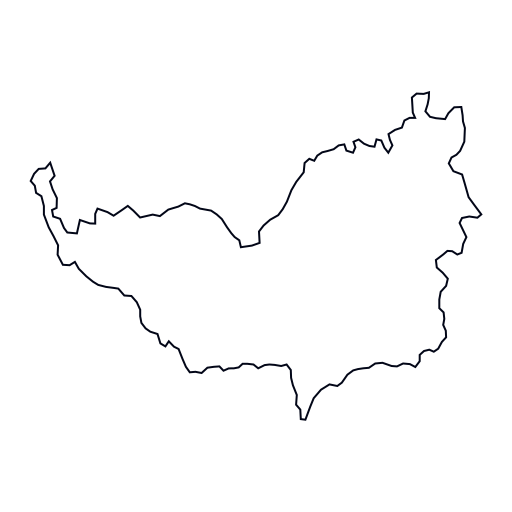 the district of Abatiá, Paraná, Brazil
{"feature_id": "56859067B75283537526286", "entity_name": "Abatiá", "entity_type": "district", "adm_level": 2, "iso_a3": "BRA", "parent_name": "Brazil", "parent_adm1": "Paraná", "projection": "equal_earth", "projection_center": [-50.32, -23.304], "detail": "fine", "context": "isolated", "style": "outline", "palette": "ink", "viewbox_px": 512, "rotation_deg": 0, "n_neighbors": 0, "source": "geoboundaries", "source_scale": "gbopen_adm2", "svg_char_len": 2785}
<svg xmlns="http://www.w3.org/2000/svg" viewBox="0 0 512 512"><path d="M415.3,367.0L419.7,361.2L419.7,354.9L424.0,351.0L429.3,349.7L433.8,351.7L438.2,348.7L441.9,341.9L446.1,337.3L445.8,330.7L443.2,324.9L444.3,318.9L443.6,312.4L439.3,308.2L439.3,299.5L440.7,291.8L446.1,285.9L447.8,278.7L442.7,272.7L436.8,267.5L435.9,260.0L443.2,254.5L447.4,250.9L452.2,251.2L457.3,254.5L461.6,252.8L463.2,243.9L466.4,237.1L459.6,223.0L462.0,218.0L469.3,216.5L477.4,217.7L481.3,214.4L474.0,204.6L468.6,197.2L464.7,183.4L462.1,174.5L453.4,171.2L448.8,163.4L451.5,157.5L456.4,154.8L460.1,150.9L464.3,141.7L464.9,128.0L463.0,121.4L462.6,115.3L461.3,107.0L454.2,107.3L448.4,113.2L445.1,119.1L435.9,118.2L430.0,116.8L425.4,111.3L427.6,104.4L428.8,98.3L429.0,92.3L423.7,93.9L416.6,93.6L411.9,97.5L412.4,105.8L412.8,112.6L415.1,117.9L409.5,117.9L404.4,120.5L401.9,127.6L395.0,129.9L388.5,134.1L389.9,139.8L392.4,145.4L388.3,152.7L384.4,147.7L381.3,140.5L376.5,139.4L374.5,146.7L369.4,146.0L364.0,143.7L358.7,139.5L353.5,141.8L355.4,147.3L353.0,152.7L346.4,150.6L344.3,144.4L338.7,145.4L333.7,149.2L327.6,151.0L322.2,152.3L317.3,155.6L314.2,160.8L309.3,158.8L304.6,163.0L303.7,172.3L296.3,181.8L291.4,190.2L286.9,201.7L282.7,209.2L278.2,215.2L270.2,219.7L263.6,225.5L259.0,231.5L259.6,242.9L251.9,245.6L240.9,247.2L239.3,240.3L234.7,237.1L231.3,233.2L227.0,227.2L221.8,219.0L216.7,214.4L211.1,210.6L200.0,208.6L194.9,206.0L189.8,204.3L184.9,203.3L178.3,206.6L172.9,208.2L168.3,209.6L159.9,216.1L152.7,214.6L140.1,217.5L133.3,210.6L127.8,205.9L121.7,210.2L113.6,215.7L107.5,212.1L97.5,208.6L95.2,213.9L95.2,223.6L89.9,223.4L79.9,220.0L76.9,233.4L67.3,232.5L64.0,228.0L60.1,218.8L53.2,216.5L52.0,210.0L56.6,207.9L56.9,198.1L52.6,189.3L50.0,181.4L54.6,175.8L50.2,162.7L45.4,168.4L38.7,168.9L34.1,173.8L30.7,181.0L34.8,185.7L36.1,192.9L41.4,196.2L43.9,206.0L43.9,214.6L48.7,227.3L53.5,236.1L58.1,245.3L57.6,254.7L62.9,264.8L69.6,265.2L74.9,261.9L78.8,268.8L86.3,276.3L93.0,281.7L98.2,284.9L106.0,286.9L113.6,287.9L118.3,288.6L124.3,295.5L131.4,296.0L136.8,302.2L140.2,309.7L140.2,316.4L141.4,322.9L145.6,328.4L150.3,331.7L157.5,334.0L160.4,343.4L165.4,346.4L168.8,341.3L174.0,346.7L178.6,349.0L182.5,358.9L185.9,366.8L189.8,372.3L195.4,371.8L201.6,373.0L207.4,367.7L213.9,366.8L219.4,366.4L223.5,370.7L228.7,368.4L234.0,368.3L238.7,367.4L242.6,363.8L247.4,363.8L253.5,364.5L258.2,368.3L264.6,365.1L269.4,364.5L274.6,364.9L281.2,366.0L286.6,364.5L290.8,370.0L291.1,377.9L292.9,385.2L296.8,395.0L296.1,404.7L300.3,409.6L300.8,419.1L305.4,419.7L310.3,406.5L313.7,398.2L321.0,389.7L329.5,384.4L337.3,386.0L341.8,382.7L347.4,374.7L353.2,370.4L357.9,369.1L363.2,368.3L368.9,367.8L375.2,363.5L382.5,362.8L391.6,366.0L397.0,366.4L403.1,363.5L409.9,364.1L415.3,367.0Z" fill="none" stroke="#020617" stroke-width="2"/></svg>